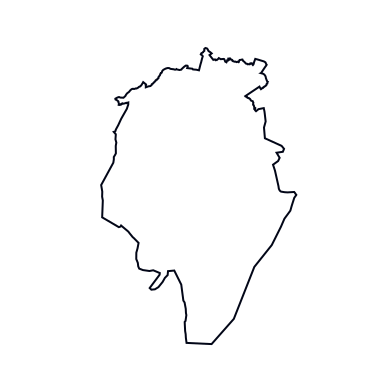 outline of Tixtla de Guerrero, Guerrero, Mexico, rotated 197°
{"feature_id": "50627088B84888194044649", "entity_name": "Tixtla de Guerrero", "entity_type": "district", "adm_level": 2, "iso_a3": "MEX", "parent_name": "Mexico", "parent_adm1": "Guerrero", "projection": "robinson", "projection_center": [-99.344, 17.607], "detail": "fine", "context": "isolated", "style": "outline", "palette": "ink", "viewbox_px": 384, "rotation_deg": 197, "n_neighbors": 0, "source": "geoboundaries", "source_scale": "gbopen_adm2", "svg_char_len": 5824}
<svg xmlns="http://www.w3.org/2000/svg" viewBox="0 0 384 384"><g transform="rotate(197 192 192)"><path d="M270.5,141.5L251.7,137.0L250.8,137.6L250.2,138.2L250.0,139.2L241.3,135.5L239.5,134.2L235.5,131.5L234.3,131.0L228.2,127.7L227.6,122.1L227.5,117.7L225.7,111.6L223.1,108.4L221.7,105.2L220.1,103.3L216.1,103.0L209.6,104.0L206.2,105.8L199.1,105.1L198.8,103.4L204.4,87.8L202.3,86.7L202.1,86.8L199.0,88.1L196.3,91.2L193.8,97.4L192.8,102.0L191.0,105.4L191.8,109.3L186.0,111.7L175.2,100.3L168.5,85.6L166.8,84.2L163.8,78.4L162.4,74.5L161.4,72.6L160.5,66.8L161.0,65.6L159.6,61.7L157.9,57.0L156.5,54.2L155.2,50.7L153.1,46.1L128.8,52.3L114.9,82.9L110.5,138.6L100.2,164.6L96.8,184.7L95.8,193.5L92.5,202.9L92.6,208.0L92.5,216.4L91.4,219.6L91.4,219.8L92.5,220.5L93.0,221.0L94.3,221.9L100.4,219.6L103.3,218.9L107.0,218.4L108.1,218.8L108.8,219.3L109.9,220.5L111.1,223.0L118.9,236.7L122.5,241.8L118.7,246.8L118.2,250.3L122.6,254.3L116.9,257.0L116.6,260.2L119.8,262.3L138.0,264.7L142.0,274.7L142.2,281.0L145.3,288.1L146.2,290.1L147.9,293.2L152.6,290.7L154.4,288.0L155.2,288.4L155.6,288.7L156.0,289.1L156.0,290.0L156.6,289.9L156.5,290.5L157.0,290.3L157.1,290.6L157.1,291.0L157.5,291.8L157.9,292.3L158.0,292.6L158.3,293.0L159.1,293.3L159.2,294.1L159.4,294.6L159.5,295.5L160.0,295.9L160.5,296.6L161.4,296.6L162.3,296.7L162.8,297.2L163.2,297.4L163.4,297.7L163.8,298.0L164.1,298.1L164.6,298.1L164.9,298.4L165.5,298.4L166.0,298.3L166.3,298.3L166.9,298.5L167.0,298.6L166.9,298.8L167.0,298.9L167.3,298.8L167.5,298.8L167.8,298.9L168.0,299.0L168.3,299.0L168.6,299.0L168.8,299.0L169.1,299.2L158.3,312.5L157.7,311.8L156.1,310.5L155.7,311.0L155.5,311.4L155.3,311.8L155.1,312.0L154.7,312.1L154.4,312.5L154.3,313.2L154.0,313.4L153.8,313.5L153.7,313.9L153.5,314.2L153.3,314.3L153.0,314.5L152.6,315.2L152.3,315.5L152.2,315.8L152.1,316.1L152.2,316.4L152.3,316.8L152.2,317.2L151.7,317.7L151.7,318.0L151.8,318.4L151.9,318.9L151.8,319.4L152.2,319.4L152.4,319.8L153.0,320.4L153.3,320.8L154.7,322.6L154.9,323.1L155.3,323.8L155.9,324.5L157.1,325.4L157.6,325.6L158.2,325.8L159.6,325.9L160.1,325.8L160.9,325.8L160.7,326.0L158.9,332.0L158.3,333.9L158.2,334.0L157.8,335.5L158.7,336.2L159.4,337.2L159.6,337.4L159.8,337.5L161.4,337.9L162.0,337.9L167.7,337.9L170.1,337.8L170.4,337.8L170.6,334.3L170.5,332.5L170.6,331.9L170.9,331.2L171.1,331.3L172.4,332.6L173.1,332.4L173.2,332.1L173.5,332.1L173.6,331.9L173.7,332.0L174.0,331.9L174.2,331.1L174.6,330.8L175.9,330.7L176.3,330.4L176.7,330.7L178.1,330.6L178.5,330.9L178.9,331.1L179.8,331.7L181.2,332.2L181.2,332.3L182.2,333.0L182.5,333.4L183.1,333.2L184.0,332.6L185.0,332.2L185.2,331.8L185.3,329.8L185.5,329.7L186.2,330.1L187.5,329.2L188.4,329.4L188.6,329.4L189.1,329.2L189.7,329.0L190.6,329.2L191.0,329.1L191.6,329.2L191.9,329.8L192.1,330.0L192.5,330.1L192.8,330.0L193.7,330.1L194.2,330.7L194.7,330.9L196.0,330.3L196.2,330.2L195.3,329.1L195.8,328.5L196.0,328.2L196.8,328.3L197.0,326.1L198.4,326.4L198.7,326.9L199.6,328.0L200.1,328.5L200.7,328.5L203.4,327.4L205.5,327.9L206.0,326.7L206.7,325.8L206.8,325.6L206.9,325.4L208.1,325.5L208.2,325.0L209.3,325.3L209.8,325.1L210.3,324.6L215.3,328.1L213.7,330.3L215.3,331.0L216.9,331.5L217.2,331.5L217.7,331.9L218.8,333.1L219.5,333.6L220.1,333.7L220.6,333.6L221.3,333.6L221.8,332.8L222.1,332.4L222.0,332.0L221.8,331.6L221.5,330.5L221.7,330.3L222.0,329.9L222.2,329.5L222.2,329.0L222.4,328.9L222.6,328.5L222.8,328.2L223.6,327.5L224.0,325.4L223.6,326.0L223.0,326.0L222.0,325.5L221.4,325.0L221.4,322.9L221.4,322.1L221.3,321.0L221.3,320.2L221.2,319.3L221.2,316.6L220.9,310.4L223.7,310.2L225.9,309.7L227.0,309.5L227.7,310.0L232.8,309.1L232.8,311.0L233.3,311.2L233.4,311.4L233.8,311.4L235.0,311.0L236.2,309.4L237.7,306.8L238.0,305.9L239.6,305.0L242.4,304.8L242.8,305.0L243.2,304.4L243.5,304.2L244.3,304.1L244.7,303.9L245.1,304.0L245.3,304.0L245.6,304.0L245.9,303.9L246.4,303.8L246.7,303.8L247.1,303.7L248.4,303.5L248.9,303.5L249.4,303.7L249.9,303.8L250.6,303.7L251.0,303.6L251.9,303.3L252.6,302.7L253.2,302.4L254.0,301.6L255.0,300.6L255.5,299.8L255.8,299.1L255.8,298.6L255.9,297.2L256.2,296.8L256.6,296.7L256.7,296.3L256.6,296.0L256.8,295.6L256.8,294.3L257.1,293.8L257.2,293.0L257.7,291.9L257.4,291.1L257.6,290.9L257.8,290.2L258.1,290.0L258.3,289.2L258.5,289.1L258.8,289.0L259.0,288.8L259.1,288.1L259.5,287.9L259.8,286.6L260.3,286.1L260.4,285.5L260.8,285.1L261.0,284.3L261.9,283.4L261.8,283.0L261.8,282.7L262.2,282.2L262.4,281.7L262.7,281.2L264.7,280.2L266.8,278.6L266.9,278.9L267.0,279.4L267.0,279.7L267.4,280.3L267.3,280.8L267.5,280.9L267.7,281.2L267.6,281.5L270.8,282.8L271.0,281.8L271.7,279.1L272.2,278.5L272.2,278.1L272.4,277.8L273.5,277.0L273.8,276.4L274.3,275.7L274.6,275.5L275.2,274.8L276.1,274.6L276.5,274.3L276.9,273.9L277.7,273.5L278.6,273.5L279.8,272.7L280.8,271.1L281.4,269.5L281.8,268.9L282.9,267.4L283.5,265.8L283.8,264.3L285.1,262.1L286.4,261.8L287.9,261.4L288.9,261.4L289.2,261.5L289.7,261.4L290.2,261.1L290.8,260.6L291.5,260.0L292.0,259.4L292.5,259.0L292.6,258.8L292.2,258.1L291.8,258.0L291.2,258.0L290.8,257.9L290.6,257.8L289.9,257.5L289.2,257.3L288.8,257.0L288.5,256.1L288.0,255.6L287.7,255.1L287.5,254.5L287.6,254.1L287.6,253.9L287.3,253.9L286.6,254.1L286.6,254.4L286.5,254.6L286.3,254.6L286.1,254.8L286.0,255.0L285.9,255.1L285.6,255.1L285.4,254.9L285.2,255.0L285.1,255.7L284.8,255.8L284.8,256.1L284.6,256.4L284.0,256.2L283.8,256.2L283.5,256.4L283.4,256.5L282.5,256.9L281.4,257.7L281.3,257.8L281.0,257.8L280.8,258.0L280.6,257.9L280.4,258.2L280.1,258.4L279.6,258.6L279.4,258.8L279.1,259.0L278.5,256.8L278.6,254.5L278.6,253.5L278.6,252.6L281.1,241.4L282.1,234.2L282.4,232.8L283.1,229.3L283.0,228.2L283.2,227.5L284.4,226.6L282.2,225.2L281.8,225.0L281.6,224.4L280.6,220.0L278.8,217.1L278.4,213.8L276.1,206.7L276.3,205.4L277.0,202.6L276.3,200.4L275.8,197.0L280.9,172.1L277.9,166.1L276.6,161.3L274.8,157.8L270.5,141.5Z" fill="none" stroke="#020617" stroke-width="2"/></g></svg>